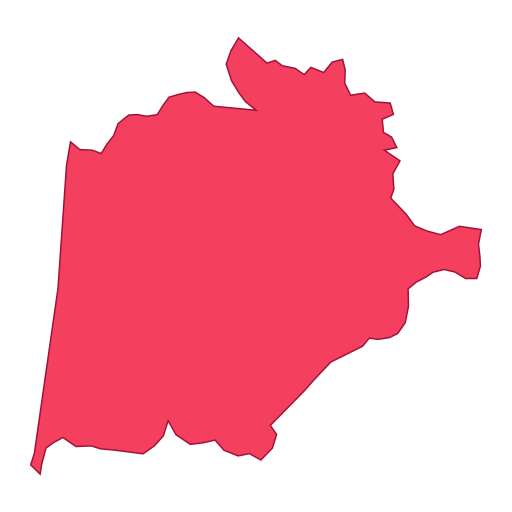 the district of Sobradinho, Rio Grande do Sul, Brazil
{"feature_id": "56859067B99876923576431", "entity_name": "Sobradinho", "entity_type": "district", "adm_level": 2, "iso_a3": "BRA", "parent_name": "Brazil", "parent_adm1": "Rio Grande do Sul", "projection": "robinson", "projection_center": [-53.013, -29.404], "detail": "fine", "context": "isolated", "style": "filled", "palette": "rose", "viewbox_px": 512, "rotation_deg": 0, "n_neighbors": 0, "source": "geoboundaries", "source_scale": "gbopen_adm2", "svg_char_len": 1378}
<svg xmlns="http://www.w3.org/2000/svg" viewBox="0 0 512 512"><path d="M70.5,141.8L66.5,165.6L58.0,288.3L34.4,453.2L30.7,464.9L40.1,474.1L41.8,463.7L46.0,448.1L53.5,442.6L62.9,437.5L75.9,446.5L91.4,445.9L100.7,448.9L112.7,449.9L127.7,451.8L143.1,453.8L154.3,445.9L163.3,436.0L168.1,420.7L176.1,434.8L190.4,444.4L202.9,442.8L215.1,440.1L223.9,450.2L238.2,455.9L249.3,453.6L260.9,460.0L272.4,448.1L276.6,434.4L270.3,425.4L304.5,390.6L313.1,380.8L330.8,362.0L362.6,346.2L369.2,338.2L378.0,339.3L389.3,337.6L397.7,333.5L405.3,322.5L408.5,306.1L408.1,288.9L416.1,282.2L425.5,277.3L433.1,272.2L444.1,269.5L454.9,272.0L465.6,278.5L476.8,278.5L480.4,266.2L479.9,256.2L478.5,244.1L481.3,229.6L459.4,226.3L440.6,234.7L426.9,231.0L414.7,225.9L406.2,214.3L390.7,198.1L393.9,189.1L392.8,173.8L400.0,160.9L384.3,150.2L396.8,147.6L391.6,137.1L383.5,132.4L382.2,119.3L393.4,114.4L390.2,103.0L374.9,101.9L364.7,93.1L350.6,95.2L344.7,83.1L345.2,70.0L342.6,59.4L332.2,62.1L323.7,72.5L310.8,67.4L304.2,74.7L295.2,68.4L282.3,65.7L275.2,60.4L267.0,63.1L238.5,37.9L231.0,50.6L226.2,64.1L231.6,80.9L239.0,92.9L245.3,101.5L256.1,110.3L213.7,106.2L204.3,97.7L195.2,92.1L186.9,92.5L177.9,94.6L169.0,97.2L163.1,105.2L157.3,114.6L146.6,116.3L137.7,114.6L128.8,115.0L118.1,123.6L113.7,135.5L107.0,144.1L101.2,153.5L92.2,150.2L79.8,149.6L70.5,141.8Z" fill="#f43f5e" stroke="#9f1239" stroke-width="1.5"/></svg>